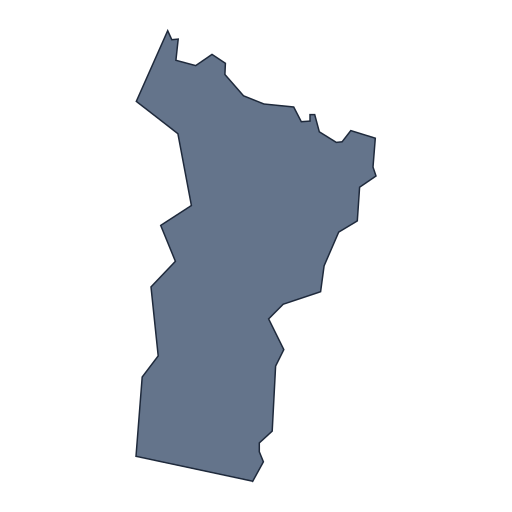 Gogrial West, Warrap, South Sudan (Albers equal-area conic projection)
{"feature_id": "79223893B68653566735715", "entity_name": "Gogrial West", "entity_type": "district", "adm_level": 2, "iso_a3": "SSD", "parent_name": "South Sudan", "parent_adm1": "Warrap", "projection": "albers", "projection_center": [28.129, 8.576], "detail": "fine", "context": "isolated", "style": "filled", "palette": "slate", "viewbox_px": 512, "rotation_deg": 0, "n_neighbors": 0, "source": "geoboundaries", "source_scale": "gbopen_adm2", "svg_char_len": 711}
<svg xmlns="http://www.w3.org/2000/svg" viewBox="0 0 512 512"><path d="M151.0,286.9L158.2,355.9L142.2,377.0L136.0,456.3L252.6,481.2L252.7,481.3L263.4,461.8L259.3,451.8L259.3,442.9L272.2,431.1L275.6,366.1L283.8,349.6L268.6,318.9L283.2,304.2L320.6,291.7L324.1,265.8L338.7,232.1L357.3,220.9L359.6,187.2L376.0,176.0L373.0,167.1L375.3,138.2L350.8,130.6L342.1,141.8L336.3,142.4L319.3,131.8L314.7,114.6L310.0,114.6L310.0,121.1L301.3,121.7L293.7,107.0L263.9,104.0L243.5,95.8L224.9,74.5L225.4,63.3L212.0,54.4L195.7,65.6L175.9,60.3L178.2,39.1L171.8,39.7L167.7,30.7L136.3,101.4L158.0,118.2L177.9,133.7L191.4,205.5L160.7,225.4L175.4,261.3L151.0,286.9L151.0,286.9Z" fill="#64748b" stroke="#1e293b" stroke-width="1.5"/></svg>